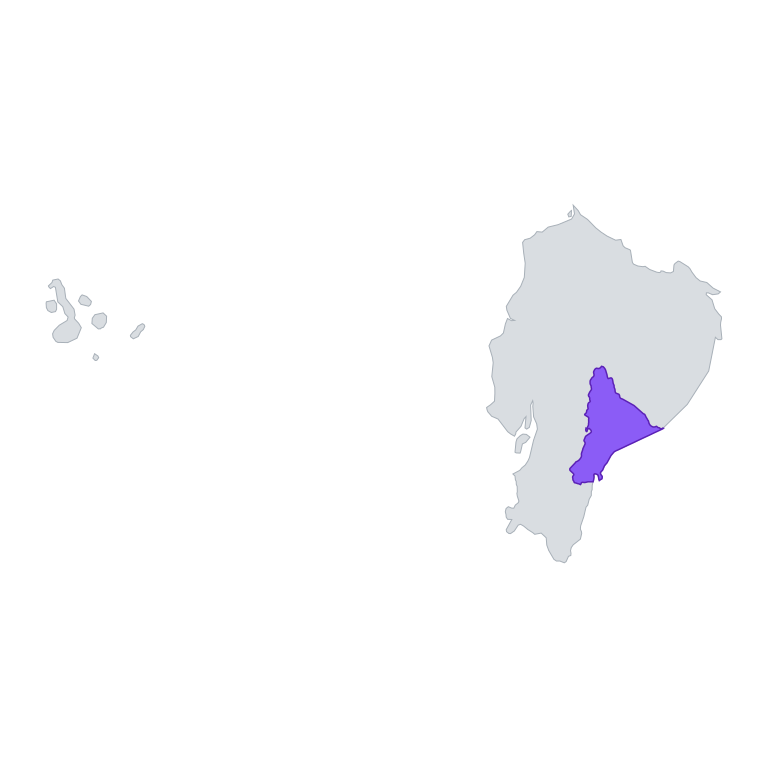 Morona Santiago on a map of Ecuador (Equal Earth projection)
{"feature_id": "ECU-1285", "entity_name": "Morona Santiago", "entity_type": "Province", "adm_level": 1, "iso_a3": "ECU", "parent_name": "Ecuador", "parent_adm1": "", "projection": "equal_earth", "projection_center": [-78.23, -2.513], "detail": "fine", "context": "in_parent", "style": "filled", "palette": "violet", "viewbox_px": 768, "rotation_deg": 0, "n_neighbors": 0, "source": "natural_earth", "source_scale": "10m", "svg_char_len": 7148}
<svg xmlns="http://www.w3.org/2000/svg" viewBox="0 0 768 768"><path d="M720.5,291.9L718.2,293.9L712.6,294.7L708.2,292.8L706.4,292.8L706.2,294.7L712.0,299.8L714.7,308.7L718.8,314.1L721.4,316.8L721.5,318.7L720.7,322.3L720.5,325.2L721.9,338.8L721.0,339.6L717.9,339.6L715.4,337.3L708.7,371.0L687.3,404.4L663.0,428.2L635.0,441.9L614.3,451.4L611.1,455.1L601.1,471.9L600.6,473.6L602.0,476.4L602.1,478.2L600.6,479.4L599.3,479.6L598.7,478.7L598.3,476.6L596.9,474.6L595.3,474.0L594.4,474.5L594.3,476.4L592.2,485.4L592.1,489.8L591.3,491.6L591.3,495.5L589.2,499.2L587.7,505.2L586.0,507.2L583.8,516.6L580.6,526.0L580.4,529.2L581.4,531.5L581.7,533.3L580.4,539.1L573.2,544.8L571.3,547.5L570.5,550.6L571.0,553.3L570.8,555.5L568.5,556.3L566.1,561.6L564.3,562.8L559.8,561.0L556.4,561.0L553.9,559.3L548.7,550.4L546.8,545.1L546.2,537.8L541.2,533.1L534.7,534.3L532.7,532.6L527.8,529.5L523.7,526.1L520.6,524.3L518.2,525.1L514.3,531.0L510.5,533.6L508.9,533.5L506.6,531.7L506.2,529.7L511.8,519.5L507.6,519.3L506.2,517.1L506.0,514.5L505.3,511.8L506.1,508.5L508.3,506.7L511.6,508.1L513.8,508.2L515.3,505.1L518.3,502.7L518.9,501.1L517.3,496.1L516.9,493.4L517.3,491.9L517.2,486.5L516.3,484.4L516.2,481.4L515.4,479.8L515.0,476.0L512.9,474.0L519.7,470.4L522.1,467.6L525.2,465.1L527.8,461.2L529.5,457.5L533.6,440.1L537.4,429.1L536.7,423.9L533.6,416.8L532.8,406.3L533.1,403.1L532.7,400.7L530.6,405.1L531.2,420.5L529.3,427.4L526.7,429.1L525.0,427.9L526.0,416.6L524.1,418.7L521.0,426.3L516.0,432.0L515.7,433.9L514.5,436.2L510.7,434.0L507.7,431.7L498.0,419.0L491.7,416.3L487.9,411.9L487.1,410.0L486.6,407.5L490.5,404.8L494.5,401.2L494.9,393.3L494.8,387.2L491.8,376.6L493.2,362.8L492.4,357.3L489.0,345.9L491.6,340.1L500.5,335.9L503.4,333.0L505.4,323.9L507.5,318.5L511.5,320.7L514.6,320.4L510.4,318.4L506.9,310.2L506.3,306.4L513.0,295.2L516.5,292.3L520.7,286.3L524.3,277.4L525.2,263.2L523.7,253.1L522.6,242.4L524.7,239.7L530.2,238.2L534.6,234.8L536.9,231.6L542.2,232.1L548.2,227.1L558.0,224.7L571.6,219.0L574.5,214.0L573.2,205.2L578.2,210.6L580.5,214.7L587.5,219.4L595.8,227.9L601.2,232.2L607.1,236.1L615.6,240.2L620.9,239.5L623.1,245.8L625.0,247.7L630.0,249.8L630.5,250.6L632.4,262.4L633.5,264.1L637.8,266.0L643.0,266.7L645.1,266.3L649.7,269.5L656.8,272.2L659.4,272.6L660.6,272.1L661.0,270.9L663.1,271.1L666.2,272.6L670.6,272.9L673.4,271.5L674.0,264.9L675.0,263.5L678.2,261.1L679.9,261.6L688.2,266.8L689.9,268.6L692.0,272.2L696.0,277.6L700.2,281.0L706.8,282.5L713.1,288.1L720.5,291.9ZM61.8,284.6L64.4,288.2L65.8,298.4L74.0,309.1L75.1,315.1L74.3,317.9L74.7,319.0L78.7,323.3L81.3,327.7L77.0,338.2L67.7,342.6L57.8,342.4L55.8,341.3L53.1,337.3L52.6,333.8L54.2,330.4L59.3,325.2L67.1,320.5L68.1,317.0L64.9,313.6L62.8,306.7L57.8,301.9L55.4,287.3L53.7,286.5L50.4,288.6L48.7,286.8L48.4,285.9L52.0,282.5L52.8,280.1L58.1,279.0L60.4,280.9L61.8,284.6ZM100.5,328.8L98.3,328.9L91.9,323.5L92.3,318.3L94.9,314.7L103.1,312.9L106.6,316.2L106.3,322.5L103.5,327.2L101.3,328.0L100.5,328.8ZM520.8,451.0L520.1,453.1L516.1,452.9L515.0,452.2L516.0,442.0L517.0,438.8L520.3,435.6L522.9,434.1L526.4,434.4L530.0,437.2L525.7,442.4L522.4,443.9L520.8,451.0ZM55.5,311.6L51.3,312.5L47.9,310.6L46.4,307.7L46.1,303.2L46.4,301.8L54.1,300.2L56.6,303.9L56.6,309.3L55.5,311.6ZM138.2,336.5L133.3,338.8L130.6,336.7L130.4,335.3L133.1,331.9L135.7,330.0L138.0,326.1L142.3,323.7L143.6,324.3L144.4,325.1L144.8,326.4L143.3,329.6L140.7,331.8L138.2,336.5ZM90.6,304.5L88.7,306.2L80.9,304.3L78.5,301.0L80.4,296.6L82.1,294.9L86.7,296.5L91.4,301.4L90.6,304.5ZM96.8,360.3L95.2,360.5L92.9,358.1L94.6,353.7L97.9,356.0L98.7,357.7L96.8,360.3ZM571.2,216.4L568.8,216.9L567.8,214.2L570.6,211.1L571.5,210.5L571.2,216.4Z" fill="#d9dde1" stroke="#a8b0b8" stroke-width="1"/><path d="M663.4,428.3L662.8,428.8L659.0,430.6L653.8,433.0L648.6,435.5L643.4,437.9L638.3,440.3L633.1,442.8L627.9,445.2L622.7,447.7L617.6,450.1L616.4,450.6L614.8,451.4L614.1,451.9L611.0,455.5L606.9,463.0L604.9,465.2L604.3,466.1L603.0,469.3L602.5,470.3L601.0,471.8L600.5,472.6L600.5,473.8L601.0,474.8L601.6,475.5L602.2,476.3L602.2,477.8L601.9,478.9L601.2,479.3L600.5,479.5L599.9,480.2L599.3,480.6L598.9,479.6L598.3,476.0L598.0,475.2L597.5,474.6L595.7,473.9L594.9,473.8L594.2,474.1L593.7,475.1L593.8,475.5L594.0,476.6L594.0,477.2L593.7,479.6L593.1,481.8L588.0,481.8L585.0,482.5L584.1,482.5L582.5,482.3L582.0,482.4L581.7,482.5L581.4,482.7L581.3,483.0L580.9,484.0L580.7,484.3L580.4,484.6L580.2,484.5L579.4,484.1L579.0,483.9L577.6,483.6L575.9,483.0L574.8,482.8L574.3,482.5L574.1,482.2L574.0,481.8L573.9,481.4L573.7,481.1L573.4,480.7L573.2,480.4L573.0,480.0L572.9,479.6L572.9,479.1L572.8,478.1L572.6,477.4L572.6,477.0L572.7,476.7L572.8,476.3L573.0,476.0L573.5,475.4L573.7,475.1L573.8,474.8L573.8,474.4L573.6,474.0L573.4,473.6L570.0,470.4L569.8,469.4L569.8,469.0L570.0,468.4L575.1,463.0L575.9,461.9L577.5,461.2L578.9,460.2L579.9,459.1L581.0,457.5L581.4,456.5L581.5,455.5L581.4,454.7L581.4,453.8L581.6,452.9L582.6,450.1L582.7,449.6L582.9,448.7L584.9,444.3L585.1,443.5L585.1,443.0L585.0,442.5L584.7,441.9L584.3,441.4L584.1,441.0L584.0,440.6L584.0,440.2L585.3,437.0L585.6,436.4L586.1,435.9L590.6,432.8L591.1,432.2L591.3,431.8L591.3,431.3L591.2,430.8L591.0,430.3L590.7,430.0L589.4,428.6L589.2,428.5L588.8,428.5L588.4,428.7L588.0,428.9L587.6,429.4L587.4,430.0L587.2,430.6L587.1,431.2L586.9,431.5L586.6,431.6L586.3,431.4L586.0,431.0L585.8,430.4L585.7,429.9L586.0,428.2L586.3,428.4L586.6,428.4L586.9,428.2L587.3,427.5L588.3,425.5L588.4,425.0L588.5,424.6L588.5,423.9L588.5,423.4L588.7,422.4L588.6,419.2L588.7,418.6L588.8,418.1L588.5,417.5L587.9,416.9L585.3,415.3L584.8,414.9L584.7,414.3L586.2,412.9L586.4,412.4L586.6,411.7L586.6,411.1L586.8,410.3L587.2,409.8L587.9,409.1L588.1,408.7L588.1,408.3L588.0,408.0L587.9,407.7L587.7,405.6L588.0,404.0L588.4,403.1L589.0,402.5L589.6,402.1L590.1,401.6L590.3,401.1L589.8,400.1L589.7,399.4L589.7,398.1L589.5,397.4L589.2,396.8L588.9,396.6L588.6,396.1L588.5,395.7L588.4,395.0L588.6,394.4L589.7,392.1L591.4,389.6L591.5,388.9L591.2,387.2L591.1,385.9L590.9,385.4L590.7,385.1L590.5,384.8L590.3,384.3L590.1,383.4L590.1,382.5L590.1,381.3L590.2,380.7L590.4,380.2L590.6,379.8L590.9,379.5L591.1,379.1L591.5,378.5L591.8,378.0L592.1,377.6L593.1,376.9L593.5,376.5L593.8,376.0L594.0,375.5L594.0,374.9L594.0,374.3L593.6,372.8L593.6,372.0L593.7,371.5L594.1,370.7L594.8,369.4L595.2,369.0L596.0,368.4L596.6,368.2L598.0,368.5L599.0,368.5L599.6,368.2L600.3,367.8L600.7,367.4L601.5,366.3L603.3,366.8L604.3,367.9L604.9,368.7L605.4,369.6L605.7,370.4L607.0,374.8L607.3,376.6L607.7,377.9L608.2,378.6L608.9,378.4L610.7,377.9L611.5,378.0L612.1,378.6L612.6,379.8L613.2,383.4L613.9,385.0L614.1,385.6L614.1,386.8L614.2,387.5L614.8,388.9L615.0,389.7L615.1,391.3L615.3,392.1L615.6,392.8L616.4,393.3L618.0,393.9L618.8,394.2L619.3,394.9L619.6,395.8L619.7,396.7L620.0,397.6L620.5,398.2L621.2,398.6L622.6,399.1L634.0,405.5L643.4,413.8L644.1,414.0L644.7,414.4L645.2,415.2L646.0,417.0L647.4,419.3L647.8,420.2L648.1,420.5L648.4,420.8L648.5,421.4L648.6,421.6L649.1,423.5L650.1,425.1L651.5,426.3L653.2,427.0L655.0,426.9L656.3,426.3L656.7,426.4L657.4,427.1L657.9,427.5L659.3,427.8L661.1,429.0L662.0,428.6L662.8,428.1L663.4,428.3L663.4,428.3Z" fill="#8b5cf6" stroke="#5b21b6" stroke-width="1.5"/></svg>